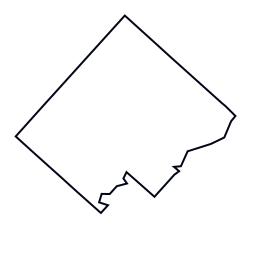 the district of Douglas, Kansas, United States of America, rotated 132°
{"feature_id": "52423323B27680386687598", "entity_name": "Douglas", "entity_type": "district", "adm_level": 2, "iso_a3": "USA", "parent_name": "United States of America", "parent_adm1": "Kansas", "projection": "orthographic", "projection_center": [-95.249, 38.904], "detail": "fine", "context": "isolated", "style": "outline", "palette": "ink", "viewbox_px": 256, "rotation_deg": 132, "n_neighbors": 0, "source": "geoboundaries", "source_scale": "gbopen_adm2", "svg_char_len": 531}
<svg xmlns="http://www.w3.org/2000/svg" viewBox="0 0 256 256"><g transform="rotate(132 128 128)"><path d="M209.3,91.3L198.8,91.2L202.6,99.7L194.6,103.5L189.3,97.4L178.8,97.4L169.9,91.6L168.6,97.6L161.8,99.6L161.6,84.5L161.4,62.3L131.7,62.3L125.9,61.1L126.1,67.8L121.0,63.1L105.4,68.1L84.3,55.7L70.6,50.1L54.0,55.9L47.2,56.2L46.5,70.0L46.7,75.8L46.8,144.0L46.7,164.7L46.6,205.6L132.6,205.8L141.6,205.8L168.7,205.9L209.4,205.8L209.5,178.4L209.4,144.2L209.5,123.7L209.3,91.3Z" fill="none" stroke="#020617" stroke-width="2"/></g></svg>